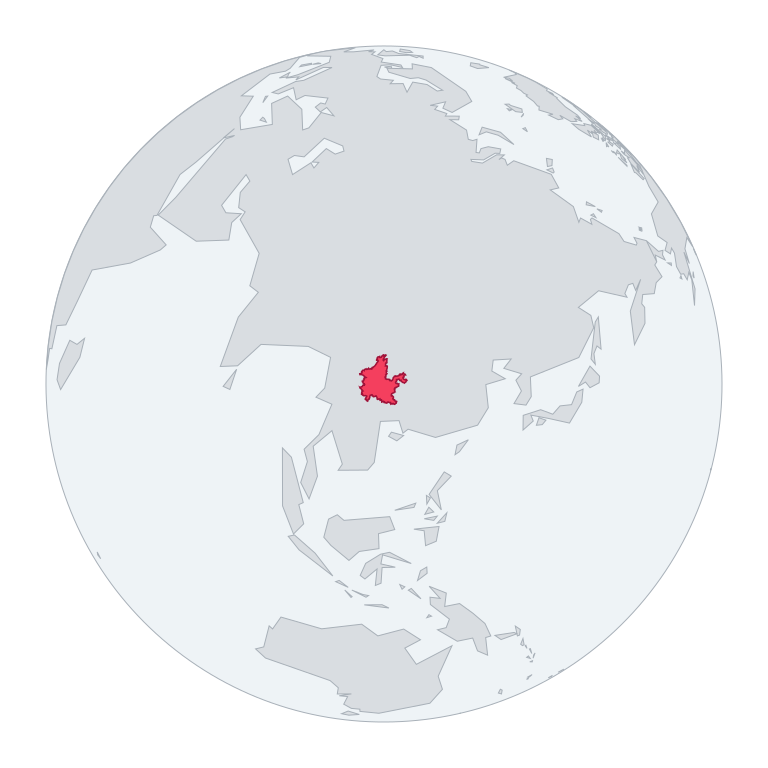 Yunnan on an orthographic globe, rotated 38°
{"feature_id": "CHN-1810", "entity_name": "Yunnan", "entity_type": "Province", "adm_level": 1, "iso_a3": "CHN", "parent_name": "China", "parent_adm1": "", "projection": "orthographic", "projection_center": [102.236, 25.179], "detail": "fine", "context": "on_globe", "style": "filled", "palette": "rose", "viewbox_px": 768, "rotation_deg": 38, "n_neighbors": 0, "source": "natural_earth", "source_scale": "10m", "svg_char_len": 17012}
<svg xmlns="http://www.w3.org/2000/svg" viewBox="0 0 768 768"><g transform="rotate(38 384 384)"><circle cx="384" cy="384" r="338" fill="#eef3f6" stroke="#a8b0b8"/><path d="M701.3,497.9L700.7,499.9L700.6,500.3L701.3,497.9ZM542.9,85.8L532.5,82.2L537.9,92.2L550.5,101.1L539.1,95.4L570.5,117.5L580.4,131.0L562.4,112.4L555.4,108.3L558.8,115.2L552.3,112.6L550.2,114.8L542.2,111.4L532.3,102.0L526.9,99.9L529.6,105.1L523.2,105.7L520.0,98.2L508.6,98.8L490.0,85.3L488.0,71.8L471.0,65.1L451.2,54.4L446.2,54.0L435.6,51.1L426.0,49.9L425.1,49.2L418.2,49.1L420.9,50.1L418.8,50.6L413.4,50.3L411.2,49.0L413.6,48.9L410.2,48.5L411.4,48.1L407.8,48.1L405.8,47.1L399.7,47.9L391.4,46.9L392.3,46.5L402.7,46.8L414.0,47.4L440.8,50.9L467.3,56.5L493.2,64.2L518.5,74.0L542.9,85.8ZM694.0,249.6L693.7,248.9L694.0,249.6ZM694.4,250.4L693.9,249.3L694.1,249.7L694.4,250.4ZM694.3,250.8L694.1,250.7L693.5,248.9L694.3,250.8ZM548.2,89.0L544.2,86.7L550.4,89.9L550.8,90.2L548.2,89.0ZM561.0,108.7L558.4,105.1L563.2,109.6L561.0,108.7ZM551.3,115.8L554.1,117.8L551.9,118.2L551.3,115.8ZM537.5,113.6L532.9,114.0L535.8,111.8L537.5,113.6ZM406.4,46.8L403.6,46.7L396.7,46.3L406.4,46.8ZM529.2,113.2L518.4,115.4L523.7,119.8L502.5,109.5L518.7,110.5L521.5,106.9L524.0,110.8L529.2,113.2ZM424.1,50.6L421.0,49.5L428.6,50.9L424.1,50.6ZM429.5,51.4L455.9,56.6L457.8,58.7L448.6,56.2L455.0,59.9L443.0,58.3L436.7,55.9L437.9,54.7L432.4,55.2L429.5,51.4ZM492.6,104.0L488.5,103.4L490.9,102.3L492.6,104.0ZM418.5,50.9L423.7,51.5L425.7,53.3L415.7,52.5L418.3,52.1L418.5,50.9ZM462.6,62.0L462.4,63.5L452.5,62.5L451.1,63.1L442.8,58.5L462.6,62.0ZM415.1,51.6L410.6,52.2L404.7,51.3L413.6,50.6L415.1,51.6ZM430.4,54.2L430.9,55.1L427.4,54.3L430.4,54.2ZM381.4,49.4L387.5,49.4L389.1,50.2L381.4,49.4ZM409.3,52.5L411.4,52.9L412.7,53.4L408.6,53.7L409.3,52.5ZM436.5,58.4L432.4,57.9L439.3,60.2L432.3,60.0L428.0,57.2L426.9,58.3L424.7,58.4L423.7,56.1L436.5,58.4ZM408.4,55.6L400.6,52.8L388.9,52.2L387.2,51.3L406.4,52.5L408.4,55.6ZM417.5,56.0L411.5,55.5L412.4,54.3L417.0,54.0L417.5,56.0ZM428.9,61.2L440.9,62.1L441.4,62.8L428.9,61.2ZM404.8,55.6L406.8,56.4L403.9,55.7L404.8,55.6ZM421.3,59.5L425.5,59.6L426.0,60.4L421.3,59.5ZM407.2,58.0L404.7,56.9L407.8,56.5L407.2,58.0ZM413.5,58.9L413.2,59.9L410.4,57.0L415.3,58.8L413.5,58.9ZM421.1,60.2L422.7,60.7L419.3,60.1L421.1,60.2ZM397.0,60.6L392.8,57.1L399.6,56.0L402.8,59.4L397.0,60.6ZM121.7,170.9L123.5,168.9L116.4,178.6L115.7,193.0L113.8,198.1L103.3,210.0L94.2,244.7L103.8,237.7L106.2,262.5L114.5,271.9L136.2,248.2L122.7,232.1L130.8,216.4L150.1,218.1L163.5,233.9L167.1,228.4L167.4,208.7L179.5,203.5L168.6,201.4L166.3,208.8L159.4,208.1L161.1,201.5L165.3,199.6L163.8,193.2L144.1,205.3L139.8,214.1L130.3,206.2L122.1,220.5L116.4,223.1L128.1,200.1L133.8,194.1L148.2,166.6L141.3,171.9L127.3,198.7L127.7,194.5L118.3,203.4L125.7,193.3L142.8,164.2L140.3,158.5L121.5,172.7L123.3,169.3L130.3,160.7L134.2,156.4L154.4,136.6L147.8,147.1L155.7,140.8L170.5,126.8L167.2,131.7L172.4,127.8L171.3,131.9L182.8,128.2L183.6,132.0L200.9,122.2L203.7,123.2L192.6,128.4L185.5,134.7L189.1,146.1L193.5,145.8L204.4,138.9L204.0,143.6L214.1,135.5L222.5,139.9L220.8,128.4L233.6,121.5L245.5,120.4L249.4,116.4L230.0,118.6L222.5,121.5L216.6,127.1L195.9,135.3L191.9,133.4L212.4,118.2L209.0,114.4L226.5,105.5L268.3,103.0L279.2,107.3L270.5,128.1L260.6,130.4L258.8,123.7L248.8,136.0L255.2,132.0L254.9,136.4L267.0,132.2L267.4,135.1L278.4,126.6L280.2,129.8L273.2,135.1L292.7,133.1L299.8,139.3L304.1,137.5L306.6,133.9L314.0,144.9L316.8,143.2L315.5,138.8L320.1,132.8L331.3,126.9L333.3,131.0L329.5,133.7L324.5,146.1L314.2,153.5L316.1,154.6L325.6,149.3L331.7,134.0L337.8,129.4L336.4,136.4L337.4,133.5L341.1,132.5L346.5,135.7L348.8,128.2L386.7,115.8L401.0,121.9L395.5,128.7L424.0,127.6L438.0,136.6L436.7,132.2L449.5,130.2L445.3,127.2L445.7,125.1L476.6,120.9L485.4,123.9L497.3,119.2L496.7,117.3L490.8,114.6L502.5,109.5L523.7,119.8L524.1,123.5L537.0,128.3L536.1,136.6L541.3,146.4L532.8,154.2L537.7,162.1L542.2,163.1L552.3,175.5L557.2,198.8L533.2,174.9L521.8,143.5L524.7,155.3L518.1,151.5L515.5,155.4L518.1,164.4L522.1,166.0L495.7,178.4L490.0,204.0L504.8,202.6L514.6,210.5L521.2,243.2L495.0,288.3L507.8,303.3L508.9,313.2L498.5,319.4L496.6,304.9L485.6,299.8L486.2,291.2L468.8,297.9L468.8,286.0L455.3,297.9L461.0,307.4L476.3,305.2L464.6,321.8L480.8,338.5L483.1,358.8L457.5,394.4L430.8,404.8L429.2,411.1L418.4,403.6L404.2,415.7L424.6,451.8L424.1,461.9L401.0,480.2L400.5,472.8L371.7,452.8L366.5,476.6L388.3,497.6L395.7,520.7L379.0,512.9L371.4,492.3L361.2,484.6L363.9,464.0L355.4,432.0L338.5,436.3L339.8,423.7L325.5,395.9L301.2,401.0L262.7,428.5L257.4,459.8L244.2,471.0L228.0,421.0L228.5,389.1L217.8,389.2L205.2,357.9L169.4,343.0L168.6,333.8L160.9,334.5L152.8,321.5L153.4,306.7L146.4,303.9L146.0,343.2L154.0,346.4L166.7,337.7L164.6,350.5L173.1,366.1L148.1,387.1L102.1,389.9L105.0,365.4L108.3,288.5L112.3,282.5L112.6,281.7L113.2,280.1L105.9,289.1L108.9,274.8L99.2,325.0L94.3,344.5L101.3,390.9L98.9,393.2L103.3,404.3L126.7,408.5L125.2,416.1L109.7,444.8L83.8,473.9L91.5,508.0L96.9,533.3L90.3,539.4L100.6,560.7L98.6,561.8L104.8,572.7L108.6,579.8L109.1,580.5L95.6,560.1L83.6,538.8L73.2,516.7L64.4,493.9L57.3,470.5L51.9,446.6L48.3,422.4L46.4,398.0L46.2,373.6L47.9,349.2L51.3,325.0L56.4,301.1L63.3,277.6L71.8,254.7L82.0,232.4L93.7,211.0L107.0,190.4L121.7,170.9ZM170.0,266.0L183.0,275.3L190.2,254.7L195.8,256.9L196.2,249.5L190.7,253.3L193.6,234.0L204.0,232.9L209.1,225.1L204.9,221.8L185.6,227.1L181.2,254.2L172.7,259.1L170.0,266.0ZM202.2,105.2L197.5,109.2L191.6,112.3L190.6,110.0L199.2,105.3L202.2,105.2ZM192.2,114.5L212.9,101.5L214.3,103.2L210.0,104.3L208.9,106.7L201.7,109.2L182.9,124.7L176.4,128.5L178.1,120.7L181.1,120.7L185.6,116.4L192.2,114.5ZM263.0,73.5L271.9,70.1L263.5,77.8L256.1,80.2L254.6,77.4L262.5,73.0L263.0,73.5ZM378.2,46.5L382.2,46.4L382.8,46.5L379.9,46.7L378.2,46.5ZM383.0,46.1L374.7,46.2L372.4,46.6L374.2,46.8L386.4,47.6L405.5,48.6L406.2,49.9L401.7,50.7L397.2,50.6L398.1,49.6L391.5,50.3L389.4,48.8L384.1,49.3L361.5,48.0L364.9,47.5L347.6,48.5L349.8,47.8L361.0,47.0L353.3,47.5L383.0,46.1ZM308.5,54.6L317.9,52.7L331.1,51.1L331.5,52.8L337.8,51.3L339.9,51.8L334.1,52.8L344.3,51.8L344.4,52.6L356.2,53.9L370.9,53.0L375.6,53.9L369.9,54.7L378.5,55.1L371.0,57.5L374.2,58.4L369.9,62.1L357.1,64.0L361.7,64.9L358.6,68.4L348.2,70.7L351.1,67.4L337.4,72.7L335.3,69.6L333.8,70.4L328.1,69.2L318.6,69.5L319.1,67.9L315.2,68.8L311.3,68.4L306.1,69.2L305.3,66.9L298.8,67.9L302.1,66.3L291.2,68.8L298.9,66.1L294.7,65.9L289.4,68.7L297.7,58.7L295.2,58.2L289.4,59.6L308.5,54.6ZM395.4,61.6L380.6,63.4L372.1,63.0L383.1,56.8L381.2,55.7L387.9,52.7L400.1,53.7L397.0,54.4L396.9,55.4L393.2,54.6L396.1,55.9L392.0,57.1L393.1,58.6L388.0,58.7L395.4,61.6ZM118.2,195.9L117.9,198.6L119.0,201.2L113.1,207.3L118.2,195.9ZM129.4,175.9L130.1,176.8L122.3,185.8L122.6,183.4L129.4,175.9ZM137.2,170.2L130.8,176.2L134.4,171.5L137.2,170.2ZM194.0,129.2L195.6,130.3L193.1,132.3L189.2,133.9L194.0,129.2ZM307.2,89.0L310.2,86.4L312.3,86.5L323.3,82.4L325.8,84.8L320.1,88.3L307.2,89.0ZM130.1,250.1L123.8,252.4L124.2,248.4L126.3,248.4L130.1,250.1ZM115.1,228.7L115.3,236.9L113.5,230.3L115.1,228.7ZM311.7,91.1L316.0,89.0L314.6,91.6L311.7,91.1ZM328.2,86.6L327.7,89.3L327.4,84.7L328.2,86.6ZM261.4,692.9L268.3,696.1L263.6,694.9L261.4,692.9ZM127.9,550.2L132.6,587.5L123.7,581.9L115.6,567.5L109.5,543.0L117.7,541.8L119.9,532.3L127.9,550.2ZM479.9,570.5L489.8,571.2L489.4,572.5L479.9,570.5ZM469.6,566.4L481.0,566.3L467.6,569.5L469.6,566.4ZM485.5,566.2L497.1,562.8L502.1,560.2L501.1,563.1L485.5,566.2ZM461.9,566.8L419.2,567.0L402.3,563.0L406.4,558.1L433.8,559.7L461.9,566.8ZM405.0,557.9L379.1,542.5L343.3,496.9L356.1,498.7L393.4,527.2L391.1,531.5L406.8,543.6L405.0,557.9ZM467.6,531.2L465.0,544.6L441.6,543.9L430.9,541.8L423.5,524.6L427.7,515.8L436.4,516.1L470.2,485.0L482.1,492.1L471.8,505.3L481.4,516.8L467.6,531.2ZM258.8,463.1L265.9,483.2L258.7,484.9L258.8,463.1ZM483.6,462.8L470.2,476.9L482.4,458.3L483.6,462.8ZM490.7,445.2L491.7,452.2L486.0,445.7L490.7,445.2ZM429.1,420.9L419.8,422.4L419.5,417.4L431.2,412.5L429.1,420.9ZM484.8,376.0L485.1,390.9L483.5,396.0L479.1,387.2L484.8,376.0ZM339.0,115.3L320.8,117.7L309.4,122.3L305.5,129.1L303.2,121.2L320.8,113.9L339.0,115.3ZM380.5,115.0L383.8,110.0L387.6,112.2L387.4,113.6L380.5,115.0ZM378.9,112.0L373.1,106.2L378.4,103.5L381.9,108.5L378.9,112.0ZM341.7,96.9L336.2,97.3L337.5,95.0L341.7,96.9ZM553.6,669.9L557.1,663.8L568.0,659.6L560.2,666.6L553.6,669.9ZM646.4,597.0L647.1,596.0L646.6,596.7L646.4,597.0ZM524.1,650.9L459.3,672.9L445.9,671.8L451.1,665.2L442.4,645.3L447.0,645.6L446.3,631.1L485.6,615.3L514.3,587.0L534.2,586.3L550.4,565.0L570.2,563.1L563.0,579.3L582.1,585.0L598.7,548.4L606.6,580.9L618.0,588.6L616.7,607.3L582.7,646.6L566.6,656.8L565.2,655.1L558.0,659.7L549.4,661.1L547.8,652.7L540.7,657.2L549.1,648.3L538.0,657.0L535.0,651.5L524.1,650.9ZM663.6,552.9L665.6,552.5L667.4,555.9L664.4,557.1L663.6,552.9ZM696.1,509.9L696.0,511.6L694.3,514.4L696.1,509.9ZM700.6,500.3L698.6,504.0L701.3,497.9L700.6,500.3ZM678.5,526.2L679.1,527.6L678.2,529.0L678.5,526.2ZM677.8,526.1L679.6,521.8L678.9,525.4L677.8,526.1ZM669.9,513.2L671.4,510.6L671.9,511.7L669.9,513.2ZM504.4,570.2L518.4,559.1L525.8,557.5L504.4,570.2ZM668.2,510.2L664.7,511.6L665.2,509.4L668.2,510.2ZM668.8,505.5L668.6,502.9L670.3,508.3L668.8,505.5ZM662.3,502.4L666.4,505.4L661.7,503.3L662.3,502.4ZM659.5,504.3L656.4,503.4L656.6,502.5L659.5,504.3ZM620.2,521.2L632.6,533.9L622.0,536.7L610.3,529.6L600.1,541.6L577.5,544.7L583.0,537.7L580.3,529.0L556.3,529.2L551.5,523.7L560.2,518.4L544.1,515.6L561.8,510.4L568.8,522.0L578.7,510.5L595.4,509.9L611.1,510.6L623.3,516.8L620.2,521.2ZM561.4,538.1L564.4,537.7L561.6,541.8L561.4,538.1ZM650.2,499.0L654.9,503.2L654.2,504.9L651.9,504.9L650.2,499.0ZM626.2,513.8L639.5,499.7L642.5,499.0L633.6,513.3L626.2,513.8ZM636.5,493.9L642.5,493.5L645.4,498.4L644.2,500.4L636.5,493.9ZM525.3,531.0L524.6,534.6L519.9,532.3L525.3,531.0ZM531.4,528.3L545.4,530.5L530.1,531.5L531.4,528.3ZM488.1,519.5L492.3,527.7L505.7,521.4L495.5,529.8L504.3,542.8L501.2,548.1L492.4,534.0L489.0,549.4L483.1,549.5L480.0,536.6L486.1,520.2L492.0,513.2L516.0,508.7L488.1,519.5ZM531.4,518.2L527.7,508.7L530.4,501.9L534.5,506.6L531.4,518.2ZM516.3,485.8L506.0,474.9L496.9,480.0L515.1,462.4L522.0,475.7L516.3,485.8ZM507.2,460.8L498.7,465.4L507.3,455.3L507.2,460.8ZM496.4,461.6L495.2,453.5L502.0,454.2L496.4,461.6ZM511.7,460.9L512.8,446.8L516.5,454.8L511.7,460.9ZM491.7,435.2L506.7,447.9L487.5,443.2L485.6,416.2L493.7,415.2L491.7,435.2ZM529.5,322.7L526.9,315.2L533.9,312.8L533.7,318.6L529.5,322.7ZM554.2,300.6L534.9,309.8L518.9,318.1L524.4,321.3L521.9,334.7L513.0,323.0L523.3,307.8L535.6,303.9L536.2,292.9L544.5,284.8L540.8,271.6L544.0,265.5L551.1,276.6L554.2,300.6ZM538.7,266.2L535.3,243.1L549.0,245.1L552.8,250.6L548.6,260.1L541.6,258.4L538.7,266.2ZM538.4,238.4L531.7,236.8L512.3,205.1L511.6,199.2L533.6,222.9L528.4,222.9L530.7,230.8L538.4,238.4ZM490.4,105.6L488.7,103.6L492.4,105.1L490.4,105.6ZM443.0,123.6L444.2,120.9L448.5,122.4L443.0,123.6ZM449.6,114.8L443.9,114.9L449.1,113.0L449.6,114.8ZM431.4,115.8L441.3,114.1L433.0,118.3L431.4,115.8Z" fill="#d9dde1" stroke="#a8b0b8" stroke-width="1"/><path d="M382.0,400.5L381.7,400.3L381.4,399.8L381.1,399.8L380.8,400.1L380.5,401.1L380.3,401.1L380.1,401.3L380.3,401.7L380.3,402.2L380.6,402.9L380.9,403.1L381.3,403.8L381.2,404.4L381.4,404.8L381.6,404.9L381.6,405.2L381.3,405.3L381.3,405.6L381.1,406.7L381.7,407.2L381.6,407.4L381.4,407.5L381.4,407.8L381.1,407.8L380.8,407.5L380.4,407.6L380.4,407.3L380.0,407.2L379.3,407.3L378.8,407.6L378.5,407.5L378.4,407.2L378.3,406.8L378.5,406.4L378.2,406.2L378.2,405.6L378.1,405.3L378.1,404.8L377.9,404.5L377.9,404.1L377.7,404.1L376.3,404.7L375.6,405.5L375.1,405.8L374.2,405.9L373.9,405.5L373.6,405.4L372.8,406.0L372.6,406.0L372.3,405.5L372.2,405.3L372.3,404.9L372.5,404.7L372.2,404.5L371.7,404.5L371.5,404.3L371.3,403.6L371.6,402.9L371.4,402.5L371.5,402.4L370.9,402.3L370.8,402.5L370.3,402.2L370.1,402.4L369.8,402.1L369.3,402.0L368.7,401.8L368.3,402.0L367.7,402.0L367.1,401.6L367.3,401.6L367.2,401.5L367.7,400.5L367.7,400.2L368.3,399.7L368.3,399.0L368.1,398.2L368.4,398.0L368.7,397.5L368.7,397.1L369.2,397.2L369.3,397.1L369.1,396.6L369.1,396.4L368.6,396.3L368.3,395.9L367.6,396.3L367.5,396.1L366.8,396.0L366.6,395.7L365.7,395.6L366.0,394.9L365.9,394.7L365.7,394.7L365.9,394.5L365.9,394.2L365.8,393.9L365.4,393.8L365.3,393.5L365.7,393.0L365.5,392.5L365.4,392.1L364.7,391.9L364.8,391.1L364.7,390.9L365.8,390.2L365.9,389.9L364.4,390.2L363.9,390.0L363.6,389.9L363.0,390.1L362.2,389.9L361.8,390.0L360.6,390.4L359.2,391.4L359.1,391.2L358.6,390.8L359.7,389.7L359.6,389.3L359.8,389.1L359.7,388.9L359.3,388.8L359.3,388.6L359.6,388.5L359.4,388.0L358.7,387.9L358.8,387.0L358.8,386.2L359.6,385.6L360.1,385.6L359.8,385.1L359.8,384.3L360.1,384.0L360.4,383.3L360.5,383.1L360.9,383.5L361.7,382.9L361.8,382.5L362.0,382.4L362.0,381.8L362.2,381.6L362.2,381.1L362.9,381.5L363.1,381.5L363.3,381.3L364.2,379.9L364.3,379.8L364.8,380.1L365.2,379.7L364.9,379.1L364.6,379.0L364.5,378.3L364.9,378.0L365.0,378.3L365.3,377.9L365.2,377.5L365.0,377.4L365.4,376.6L365.5,375.7L365.7,375.2L365.6,374.7L365.7,374.3L365.5,373.8L365.6,373.6L365.5,373.0L365.6,372.7L365.4,372.5L365.3,372.0L365.5,371.0L365.4,370.7L365.4,369.6L365.3,369.4L364.9,369.5L364.6,369.1L364.0,368.9L363.9,369.7L363.6,369.9L363.4,369.8L363.0,368.7L362.9,368.1L362.7,367.8L362.9,367.6L362.5,367.2L362.6,366.4L362.6,366.2L363.3,365.8L363.6,365.0L364.3,365.7L365.0,365.2L365.4,364.5L365.1,363.7L365.1,363.2L365.6,362.7L365.4,361.6L365.5,361.4L366.2,361.2L366.5,362.3L367.0,362.2L366.8,361.6L367.0,361.4L367.4,361.0L367.2,360.3L367.3,360.1L367.9,360.0L367.9,361.5L367.8,362.3L367.9,363.3L368.1,363.7L368.1,364.6L368.4,365.2L368.6,365.4L368.6,365.6L369.2,366.1L369.2,366.4L369.2,366.5L369.4,365.7L369.2,365.2L369.3,364.5L369.2,364.2L369.8,363.8L370.1,363.1L370.3,362.9L370.5,362.5L371.0,362.3L371.1,362.9L371.5,363.3L371.6,363.7L372.1,364.0L372.4,364.6L373.2,365.4L373.2,365.9L372.5,366.3L372.7,367.0L373.4,367.9L373.8,368.1L373.9,368.7L374.0,368.9L374.6,368.2L375.2,368.4L375.5,367.9L375.8,368.1L376.9,369.9L376.9,370.4L377.1,370.6L377.4,371.0L377.6,372.1L378.4,372.1L378.2,372.9L378.3,373.1L379.3,374.1L379.6,374.8L379.8,374.8L380.0,374.5L380.1,375.0L379.7,375.8L379.9,376.0L380.3,376.2L380.9,377.0L380.5,377.4L380.5,377.9L381.0,377.8L381.5,378.1L381.6,378.6L382.0,379.0L382.3,378.6L383.3,378.7L384.1,377.8L384.5,377.7L384.9,377.3L385.8,376.9L386.1,377.1L386.0,377.6L386.4,377.8L387.4,377.0L387.8,377.1L388.0,377.0L388.0,376.3L388.2,376.2L388.3,375.9L387.9,374.2L387.5,373.7L387.4,373.0L387.6,372.5L387.4,371.5L387.8,370.8L388.0,371.0L388.6,370.8L389.1,369.9L389.5,369.8L389.5,369.5L390.3,368.8L390.6,368.2L390.7,367.7L390.9,367.4L390.7,367.5L390.5,367.1L390.3,367.1L390.3,366.6L390.8,366.3L390.9,365.9L391.3,365.7L391.7,366.1L392.5,365.4L392.1,364.2L392.4,363.4L392.5,363.6L393.0,363.7L393.4,363.6L393.6,363.7L394.3,363.5L394.4,363.4L394.6,363.6L395.1,363.5L395.4,363.6L395.1,363.9L394.5,364.1L394.4,364.2L394.5,365.3L395.1,365.6L395.3,365.9L395.3,366.2L395.5,366.6L395.4,366.8L394.9,367.0L395.1,367.5L395.8,367.9L396.3,368.2L396.9,367.9L397.2,368.0L397.8,367.8L398.2,367.5L398.2,366.9L398.5,366.7L399.3,366.8L399.4,367.2L399.9,367.2L399.8,367.7L399.6,368.0L400.0,368.8L399.5,370.8L398.8,370.7L397.7,371.3L397.4,371.2L395.9,371.3L395.6,371.1L395.1,370.5L394.6,371.1L394.5,371.4L394.2,371.6L393.2,370.9L392.9,370.9L392.7,370.9L392.3,371.6L391.1,372.8L391.4,373.1L391.7,372.9L392.1,373.5L392.1,374.0L391.9,374.0L391.8,374.3L391.9,374.7L392.1,374.8L392.0,375.5L392.4,375.9L392.8,376.0L393.4,376.1L393.9,375.3L395.0,375.4L395.5,374.8L395.8,375.6L396.3,375.6L396.9,376.8L396.2,377.5L396.2,377.9L396.0,378.1L396.1,378.4L396.0,378.9L395.8,379.2L395.4,379.4L395.6,379.8L395.4,380.4L395.3,380.5L395.0,380.5L395.0,381.1L395.7,381.6L395.7,382.0L396.3,382.0L396.4,382.7L397.1,383.3L397.6,383.4L397.5,383.6L397.2,383.7L397.1,384.4L397.2,384.9L396.4,385.9L396.3,386.5L396.0,386.9L396.5,388.2L397.2,388.9L397.4,388.7L397.2,388.2L397.4,388.1L398.1,388.1L398.6,388.3L399.3,388.3L399.8,388.9L399.8,389.9L400.4,390.3L400.5,390.0L401.2,390.5L401.4,390.5L401.6,390.4L401.7,390.0L402.1,389.9L402.5,390.4L403.1,390.6L403.6,390.5L403.7,390.2L404.4,390.0L404.3,390.3L405.1,390.8L405.1,391.0L405.4,391.5L405.0,391.8L405.1,392.2L405.0,393.4L404.4,393.8L403.5,393.5L403.0,394.2L402.7,394.3L402.7,394.6L402.4,394.5L402.3,394.9L401.9,395.4L401.8,395.7L401.5,395.5L401.3,395.0L400.9,394.9L400.5,394.5L400.2,394.8L400.1,395.2L399.8,395.1L399.3,395.3L398.6,395.8L398.3,395.7L398.2,396.0L397.9,396.2L398.1,397.2L397.5,397.7L396.8,397.9L396.6,397.7L396.0,398.3L395.4,398.6L394.9,398.3L394.9,397.8L394.1,398.0L393.7,398.4L393.5,399.6L393.4,399.7L391.7,398.0L391.4,398.2L391.1,398.6L391.2,398.9L390.9,399.3L390.6,399.1L390.4,398.7L390.3,398.4L389.9,398.1L389.5,398.8L388.9,399.1L388.9,399.6L388.4,399.9L388.4,400.1L388.2,400.2L387.6,399.9L387.2,399.2L385.9,398.5L385.6,398.6L385.5,398.3L385.3,398.2L385.0,398.3L384.9,398.7L384.7,398.8L384.8,399.0L384.1,399.8L383.9,400.3L383.6,400.2L383.3,400.4L383.2,400.2L382.7,400.1L382.1,400.2L382.0,400.5Z" fill="#f43f5e" stroke="#9f1239" stroke-width="1.5"/></g></svg>